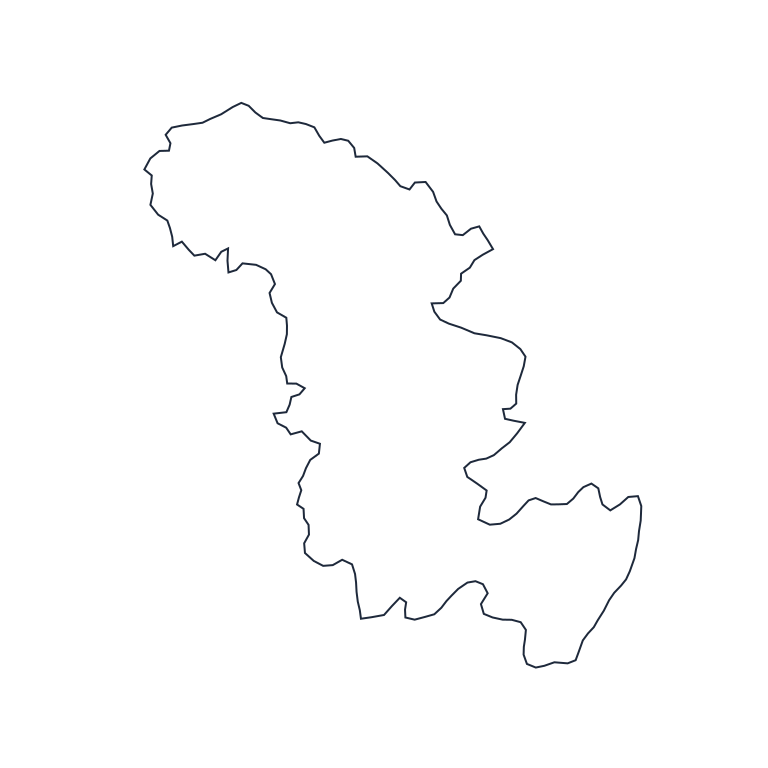 outline of Cana Verde, Minas Gerais, Brazil, rotated 285°
{"feature_id": "56859067B5820383459318", "entity_name": "Cana Verde", "entity_type": "district", "adm_level": 2, "iso_a3": "BRA", "parent_name": "Brazil", "parent_adm1": "Minas Gerais", "projection": "albers", "projection_center": [-45.191, -21.031], "detail": "fine", "context": "isolated", "style": "outline", "palette": "slate", "viewbox_px": 768, "rotation_deg": 285, "n_neighbors": 0, "source": "geoboundaries", "source_scale": "gbopen_adm2", "svg_char_len": 3056}
<svg xmlns="http://www.w3.org/2000/svg" viewBox="0 0 768 768"><g transform="rotate(285 384 384)"><path d="M151.3,422.5L155.5,432.3L160.9,443.8L171.5,449.1L181.6,454.6L178.9,461.9L171.5,462.7L164.0,465.1L164.3,474.6L169.7,484.0L174.6,492.2L182.7,497.3L190.5,500.5L196.9,503.9L205.3,508.7L213.8,516.0L217.2,523.4L216.2,531.4L208.7,538.3L196.5,534.6L187.8,539.9L186.6,549.3L187.1,559.6L189.3,568.4L189.3,577.7L183.2,584.7L173.6,586.3L166.3,587.1L158.7,588.9L150.6,594.5L149.4,604.0L153.3,611.8L159.3,620.6L161.7,633.7L166.8,640.6L175.5,641.4L187.8,642.4L195.9,645.6L203.4,649.6L211.1,651.6L221.9,655.0L233.4,657.4L241.9,660.4L250.7,665.2L257.9,668.4L266.7,669.9L280.6,671.0L289.7,670.2L299.0,669.9L307.8,668.4L318.5,667.3L325.7,665.7L332.7,664.1L341.4,658.3L338.1,649.2L328.8,643.1L320.5,635.3L324.2,626.2L330.8,622.0L338.7,618.0L341.5,610.1L336.0,603.3L329.9,599.6L322.3,596.5L315.4,591.7L313.0,583.9L310.9,576.5L311.9,568.4L313.1,560.0L309.0,553.8L302.4,550.3L293.1,545.6L285.5,540.0L279.1,532.5L275.5,522.6L277.7,509.9L290.4,508.6L300.4,511.5L307.7,510.7L311.9,499.7L315.8,488.5L323.7,483.2L330.8,487.8L335.4,495.2L338.4,502.1L343.8,508.6L352.3,514.4L360.3,520.5L370.9,525.4L382.9,530.1L382.1,518.9L381.7,509.9L390.5,505.4L392.9,512.5L399.3,516.8L407.8,514.4L417.7,513.3L427.7,513.9L437.3,514.4L447.0,513.6L453.0,506.7L457.3,496.8L458.5,484.9L457.6,470.5L456.4,458.2L458.4,443.8L459.1,431.0L460.8,421.5L466.9,413.9L474.2,409.2L477.5,420.3L484.5,424.9L494.1,426.2L503.6,431.5L510.5,429.9L518.6,436.8L527.1,439.3L534.4,445.9L542.5,454.4L549.7,447.0L555.0,440.9L560.9,435.2L556.5,427.8L548.2,421.6L547.0,413.9L554.8,406.4L563.1,401.1L568.2,394.0L573.9,387.5L582.3,381.7L589.9,371.9L586.6,361.7L578.5,358.3L579.3,348.6L583.8,342.0L588.9,333.2L595.4,320.6L599.6,309.0L596.2,297.8L604.3,294.1L609.7,286.5L609.5,278.9L605.8,271.2L601.6,263.9L607.0,257.2L613.9,250.3L614.9,241.3L614.6,233.5L611.6,225.9L611.7,215.7L610.5,205.9L609.6,198.1L613.0,189.4L617.7,181.3L618.6,173.4L612.3,166.1L602.4,156.9L595.1,147.6L589.4,141.1L585.8,132.7L581.4,122.0L576.7,112.6L568.2,108.6L561.3,115.4L553.7,115.9L551.0,106.8L541.4,99.9L529.2,97.0L525.3,105.7L516.9,107.3L508.1,111.4L496.6,112.0L489.1,122.0L485.8,132.4L479.2,136.9L471.4,141.3L462.6,144.7L469.2,151.9L463.1,160.7L458.9,167.6L463.5,177.5L459.9,189.1L469.6,192.6L474.6,198.3L462.6,200.9L451.5,204.9L455.9,211.9L463.9,216.1L466.0,229.6L464.2,240.0L460.8,246.5L452.3,252.8L442.3,249.9L433.4,254.7L425.5,262.1L422.7,272.5L415.2,275.2L407.0,277.3L397.1,277.7L383.2,277.4L373.6,281.4L366.3,287.5L359.4,290.4L361.7,299.2L359.4,308.5L352.1,305.0L347.5,297.9L339.6,298.2L331.5,297.0L326.8,285.1L318.5,291.4L316.5,300.8L311.2,306.9L317.0,316.8L310.4,327.9L309.7,337.6L299.9,339.1L291.6,332.4L282.5,330.4L274.2,329.6L266.2,327.1L260.0,331.6L252.4,331.2L245.1,331.2L242.6,338.6L233.7,341.5L228.4,347.6L219.1,350.5L209.5,348.1L200.3,351.4L194.9,362.0L192.6,372.3L195.8,381.4L203.4,389.1L201.5,399.8L193.0,405.2L185.0,408.4L176.1,411.3L167.0,415.0L159.2,419.2L151.3,422.5Z" fill="none" stroke="#1e293b" stroke-width="2"/></g></svg>